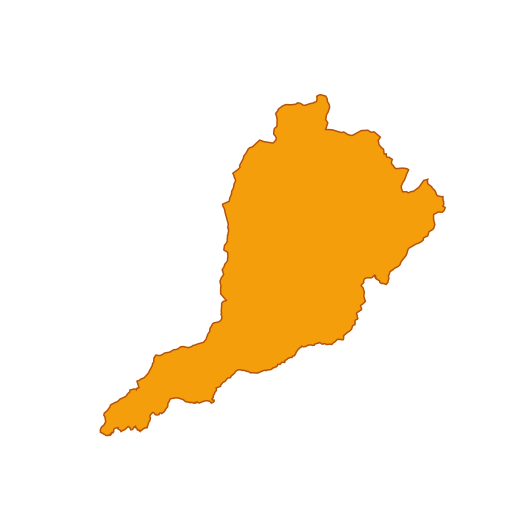 the district of Maguri-Racatau, Cluj, Romania, rotated 165°
{"feature_id": "2599482B1703005925744", "entity_name": "Maguri-Racatau", "entity_type": "district", "adm_level": 2, "iso_a3": "ROU", "parent_name": "Romania", "parent_adm1": "Cluj", "projection": "natural_earth1", "projection_center": [23.167, 46.571], "detail": "fine", "context": "isolated", "style": "filled", "palette": "amber", "viewbox_px": 512, "rotation_deg": 165, "n_neighbors": 0, "source": "geoboundaries", "source_scale": "gbopen_adm2", "svg_char_len": 6115}
<svg xmlns="http://www.w3.org/2000/svg" viewBox="0 0 512 512"><g transform="rotate(165 256 256)"><path d="M176.2,393.2L178.1,392.4L179.7,392.5L183.4,393.1L188.2,394.6L192.1,393.9L196.6,391.9L197.1,390.8L200.1,388.6L200.0,384.8L200.3,382.2L202.1,376.3L202.5,375.6L204.3,374.9L205.6,373.9L207.2,370.0L207.3,369.0L206.3,367.0L205.9,365.1L206.0,364.0L206.9,362.8L209.9,360.9L210.7,360.8L218.9,364.5L222.5,367.0L231.2,362.3L234.2,362.2L236.3,360.9L239.2,357.7L242.0,355.6L242.9,353.6L248.5,347.5L248.5,345.7L251.3,344.1L257.0,341.9L256.4,339.2L256.7,337.4L256.1,335.6L256.3,333.9L258.7,330.9L260.0,327.9L262.7,324.8L263.9,321.8L266.3,318.8L267.6,316.1L268.2,315.7L274.9,314.7L275.0,312.7L274.3,309.4L274.6,305.1L274.5,294.0L276.0,290.5L275.5,289.2L276.0,288.4L276.0,287.3L277.7,283.8L278.3,283.3L278.7,281.2L279.3,280.3L279.9,277.8L281.4,276.0L283.6,274.5L285.4,270.5L285.3,269.7L283.2,267.9L282.5,266.7L283.1,263.1L284.0,261.2L284.6,259.2L285.0,258.5L288.4,256.0L289.7,253.8L292.2,251.5L292.0,246.6L295.3,243.7L297.4,240.9L297.6,236.2L298.7,233.3L299.9,228.6L296.2,220.8L299.5,220.5L300.8,219.8L301.4,218.9L304.0,211.2L303.9,210.0L304.9,208.7L304.5,206.6L305.6,203.8L307.8,202.4L309.0,202.0L314.0,202.3L315.8,201.5L316.9,200.1L319.1,198.1L319.6,197.2L320.1,195.3L322.8,192.9L326.0,188.2L329.1,186.2L335.6,186.1L338.5,185.7L340.0,185.9L342.0,185.1L345.2,185.0L349.5,187.3L352.2,187.8L355.8,186.4L358.4,186.4L359.6,186.8L364.2,185.5L369.3,185.9L373.3,184.7L375.9,185.0L378.0,186.2L378.7,186.1L379.6,184.9L380.9,184.1L382.2,180.1L383.8,178.9L384.3,177.3L390.7,170.4L395.6,167.3L399.1,166.9L400.8,166.1L403.4,165.9L403.1,159.2L405.5,159.0L406.2,157.7L406.7,158.5L408.0,159.1L412.5,159.1L413.4,157.2L415.7,156.1L417.3,154.6L418.4,154.0L424.6,152.9L426.8,151.5L433.2,150.3L435.1,149.7L436.3,147.9L439.8,145.1L443.2,143.5L444.2,141.6L443.6,139.8L444.0,135.0L446.5,132.2L449.1,131.0L450.5,129.7L451.5,128.0L451.9,126.1L447.0,121.3L444.6,120.8L443.9,121.4L443.2,120.6L442.1,121.2L442.0,121.5L442.2,122.1L440.9,122.8L440.6,122.6L440.1,122.7L440.0,122.3L439.3,122.8L438.8,123.4L438.6,124.9L437.2,126.1L433.7,126.0L434.1,124.8L432.4,123.1L431.8,121.3L430.2,121.9L428.0,122.1L423.5,124.4L422.4,123.0L421.9,120.4L420.2,120.4L418.1,122.3L416.5,122.7L416.9,121.3L415.8,120.8L415.5,119.3L415.7,118.9L414.5,118.1L413.5,116.8L413.3,117.6L412.7,117.0L411.8,117.1L409.9,118.2L408.7,118.4L407.1,118.7L405.8,118.2L402.7,123.0L400.8,124.8L400.8,125.3L399.9,126.8L400.0,128.7L398.9,130.0L396.3,131.6L395.0,130.7L394.6,129.2L393.7,128.4L392.6,128.0L390.7,127.9L390.2,129.0L389.4,129.2L388.4,128.8L388.1,128.3L387.3,128.4L384.7,129.5L382.9,131.4L380.4,133.2L379.0,136.8L377.2,138.3L376.4,139.7L375.4,140.2L370.7,139.8L368.3,139.2L363.6,136.2L361.6,133.4L358.8,132.2L357.6,131.3L356.1,131.3L353.7,129.7L352.2,129.7L352.2,130.2L351.6,129.8L350.6,130.3L349.6,129.0L348.5,128.7L344.5,129.2L341.6,129.2L338.9,128.0L338.0,127.2L337.2,125.5L337.0,125.4L335.2,125.8L334.1,126.5L333.7,127.5L335.5,128.5L335.7,129.1L334.1,130.2L333.2,132.5L332.0,133.4L331.1,134.9L329.0,136.4L328.5,138.9L324.3,139.2L323.6,139.7L323.2,141.0L322.0,141.4L320.9,142.4L318.4,142.9L315.0,145.4L312.2,145.1L311.1,146.4L307.0,148.4L305.4,149.9L303.1,150.6L300.4,150.2L299.0,149.0L297.7,148.9L296.2,148.1L295.1,147.1L293.1,146.3L291.3,144.4L290.0,144.3L284.8,142.5L277.7,143.5L275.7,142.7L273.9,143.0L271.7,142.4L269.4,142.9L268.5,143.6L267.0,143.4L265.5,144.0L264.8,143.7L263.7,144.6L263.0,145.7L260.7,145.1L259.1,146.3L257.9,146.6L255.9,145.7L255.5,146.1L255.4,147.3L255.0,147.7L253.2,147.9L251.5,148.9L250.7,148.8L250.0,149.2L247.5,148.7L246.5,149.8L244.7,149.7L242.6,151.8L242.1,152.7L239.2,155.1L238.2,155.3L237.5,156.0L236.1,156.2L235.4,157.0L233.8,156.1L231.5,155.7L229.4,156.3L227.4,156.2L225.5,155.8L224.5,155.0L223.3,154.7L222.7,154.8L222.2,155.6L219.7,155.8L218.0,155.6L217.1,156.1L216.1,155.2L215.4,154.1L213.9,153.5L213.0,153.8L211.9,153.3L210.8,152.2L207.3,151.7L205.7,150.9L203.9,152.1L201.5,152.9L199.0,154.4L196.6,153.8L194.4,152.7L193.5,152.6L192.8,153.4L191.9,156.4L187.0,158.7L184.4,159.5L182.5,160.8L180.9,163.4L179.7,164.0L178.2,164.1L177.5,165.9L177.5,166.8L176.8,168.1L176.0,168.6L174.5,168.7L173.8,169.3L174.0,171.3L173.6,172.7L173.9,174.2L173.5,175.0L168.1,176.8L167.6,177.7L168.0,180.2L167.7,181.2L164.9,182.2L162.1,183.8L162.3,188.8L161.8,190.9L161.0,191.9L160.7,193.5L160.9,197.8L161.9,199.5L162.0,200.5L158.8,202.5L158.5,203.8L157.6,205.5L156.1,206.2L153.7,206.1L151.0,205.2L149.6,205.1L146.5,206.9L145.4,205.4L146.4,206.0L146.7,205.5L146.7,205.0L145.8,204.5L146.2,203.8L146.1,203.3L145.6,203.1L145.7,202.7L143.0,199.9L143.3,198.9L143.2,198.4L141.8,196.9L140.3,196.6L137.6,194.8L135.4,196.5L134.6,198.3L134.0,199.0L133.4,200.1L133.3,202.6L132.4,203.3L130.6,206.2L127.5,207.2L125.6,208.2L121.5,209.1L119.3,210.2L117.1,213.2L111.2,217.4L109.8,219.1L107.5,223.0L106.2,224.0L98.5,226.1L95.7,226.3L92.4,227.1L90.4,228.1L90.0,229.2L89.2,230.2L84.9,231.0L82.6,234.7L79.5,235.5L77.4,236.5L75.1,240.1L75.1,244.6L74.1,249.0L73.5,250.2L68.3,251.3L64.8,250.1L63.2,250.8L61.9,252.0L60.7,253.8L62.6,255.9L61.5,256.8L61.1,258.0L60.7,260.0L60.9,261.4L60.1,265.0L61.5,265.3L65.2,267.2L65.8,269.0L65.9,271.3L66.5,273.3L68.1,275.9L68.5,277.6L71.2,281.0L71.3,282.5L71.0,284.3L70.2,285.6L74.5,285.5L80.9,280.2L87.5,277.6L88.8,278.1L92.7,277.6L93.6,278.9L97.8,280.2L98.0,283.7L97.7,285.7L95.8,288.3L92.6,291.4L88.8,296.8L86.5,299.4L86.3,299.9L87.3,301.0L89.0,302.0L92.2,303.1L98.0,304.1L98.9,304.9L101.1,310.2L101.0,311.1L100.1,313.0L99.3,314.0L102.0,317.0L103.2,317.2L104.0,317.8L104.2,319.2L103.7,320.9L105.0,321.0L105.8,321.5L105.2,326.1L106.6,328.0L108.3,331.4L108.1,336.0L105.1,338.6L109.7,345.3L113.0,345.8L115.3,348.5L121.8,349.9L132.0,347.5L135.3,349.1L139.2,353.1L140.6,353.0L142.4,353.6L149.7,358.2L156.0,360.2L152.2,366.0L153.4,370.1L152.5,371.4L152.3,372.3L151.0,374.6L149.5,375.9L146.4,380.5L146.1,383.6L147.0,386.7L146.6,389.7L147.3,392.4L151.7,395.0L153.2,395.2L156.0,394.6L156.3,392.0L157.4,389.8L157.9,389.4L160.1,389.4L160.8,388.9L163.9,389.2L170.2,388.9L171.5,389.6L173.4,391.8L176.2,393.2Z" fill="#f59e0b" stroke="#b45309" stroke-width="1.5"/></g></svg>